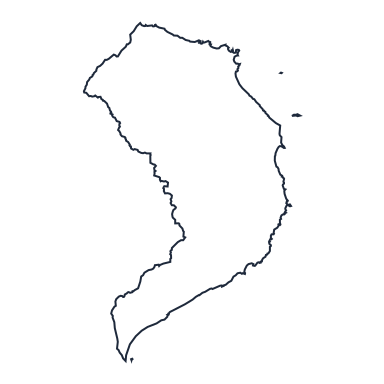 Sao Joao Baptista, Boa Vista, Cabo Verde (orthographic projection)
{"feature_id": "66160863B76154481217824", "entity_name": "Sao Joao Baptista", "entity_type": "district", "adm_level": 2, "iso_a3": "CPV", "parent_name": "Cabo Verde", "parent_adm1": "Boa Vista", "projection": "orthographic", "projection_center": [-22.721, 16.095], "detail": "fine", "context": "isolated", "style": "outline", "palette": "slate", "viewbox_px": 384, "rotation_deg": 0, "n_neighbors": 0, "source": "geoboundaries", "source_scale": "gbopen_adm2", "svg_char_len": 5946}
<svg xmlns="http://www.w3.org/2000/svg" viewBox="0 0 384 384"><path d="M125.6,361.0L126.1,355.3L129.9,344.3L135.8,336.2L141.7,330.7L147.7,326.9L156.6,323.4L161.3,320.3L164.5,319.6L167.3,316.8L167.5,315.5L167.9,315.2L167.6,314.9L168.1,314.8L168.2,314.0L168.8,314.2L169.2,312.7L169.9,312.0L184.9,304.3L192.6,299.6L195.9,296.8L199.0,295.0L199.4,295.2L202.4,292.8L205.2,291.8L210.1,288.8L211.7,288.5L212.5,289.0L220.1,285.7L221.6,285.5L222.3,286.0L222.2,286.5L223.7,285.9L223.6,285.4L225.7,284.8L228.5,282.3L231.3,280.8L233.5,276.6L235.7,275.3L237.5,273.3L240.3,272.7L241.9,273.8L242.7,273.2L244.9,274.0L245.1,273.1L244.3,271.9L244.8,269.5L246.8,265.6L248.5,264.1L251.7,263.3L253.4,264.1L253.0,265.5L254.5,265.9L255.2,265.7L257.4,262.7L258.4,262.3L259.4,262.7L259.9,262.3L259.9,262.8L260.8,262.6L260.9,261.6L261.9,261.4L262.2,259.7L263.2,258.2L265.5,256.7L265.9,255.0L266.8,254.8L267.4,254.2L267.4,253.6L268.5,253.2L269.9,251.0L269.9,246.8L270.8,246.1L270.9,245.2L269.4,243.9L269.1,242.5L269.8,241.7L269.2,241.3L270.3,239.2L271.3,239.3L271.8,238.9L270.9,237.9L270.9,235.6L271.6,234.3L273.6,234.3L274.0,233.7L273.6,233.2L274.2,229.6L277.3,227.7L278.7,225.5L278.4,224.4L278.8,224.2L280.0,225.0L280.4,224.6L279.9,222.4L279.9,219.7L281.1,218.9L280.6,217.7L281.4,215.5L282.7,214.5L284.3,214.4L284.7,214.0L284.4,213.4L285.9,212.7L285.0,212.0L286.1,210.3L285.5,209.6L285.3,208.3L286.6,205.6L287.5,204.9L290.0,206.3L291.0,206.0L289.9,204.4L288.0,205.0L286.3,203.2L286.8,201.4L287.4,201.5L287.8,200.7L286.2,198.7L284.6,193.9L284.3,191.3L284.4,190.5L285.4,189.4L283.9,188.9L282.7,185.5L282.9,184.6L284.0,183.6L284.0,182.6L283.4,181.8L284.1,178.8L283.7,178.1L282.8,177.6L282.6,176.8L281.8,176.6L282.1,175.7L280.3,174.6L278.7,170.8L278.5,168.9L277.6,167.3L276.4,166.6L274.8,160.7L274.9,156.2L275.3,155.7L275.6,153.1L277.5,148.7L278.7,146.9L279.8,146.1L281.4,146.3L284.0,148.0L284.7,147.9L284.0,146.5L282.3,145.0L281.1,142.6L281.5,137.1L279.8,135.3L279.5,133.9L280.2,125.5L275.9,123.1L269.2,117.5L268.8,116.3L267.9,115.9L268.0,115.3L265.4,112.9L265.3,111.8L264.2,111.3L264.0,110.6L263.0,110.4L262.7,109.2L259.8,106.1L259.9,105.4L260.3,105.7L259.9,105.3L256.2,102.0L254.3,99.2L253.0,98.9L251.3,96.7L249.4,95.6L248.8,94.3L242.4,88.2L239.4,84.3L235.9,76.6L235.5,73.5L235.9,71.6L237.3,71.3L237.9,70.6L237.4,69.2L238.4,68.0L238.2,66.5L239.4,65.4L239.9,64.0L238.7,64.3L237.8,63.6L236.2,63.7L234.3,61.6L233.7,59.8L234.6,56.7L236.6,55.6L237.9,55.5L237.6,55.0L237.9,52.4L239.2,50.6L238.8,49.9L237.3,49.7L236.1,50.1L235.8,52.6L234.1,52.9L232.4,51.9L233.0,50.9L232.8,50.0L232.4,51.2L231.8,50.7L231.8,51.6L230.7,51.9L228.8,50.6L228.0,49.0L228.1,48.2L228.7,47.7L227.3,46.3L225.4,45.4L225.5,44.7L221.0,46.1L218.9,48.3L216.7,48.5L213.2,47.6L210.8,46.3L210.3,45.6L210.9,44.5L210.2,44.4L210.2,43.0L209.6,43.4L209.7,41.8L208.4,41.4L208.2,41.0L204.5,42.5L203.4,42.4L203.0,41.8L202.5,43.3L201.6,43.7L200.7,43.5L200.5,42.6L199.5,42.7L199.8,42.1L199.4,42.0L200.4,41.1L198.9,40.3L194.8,42.0L190.1,41.6L189.3,40.8L185.7,40.0L182.3,37.8L180.2,37.8L177.5,35.7L173.8,35.5L172.7,34.5L167.4,31.9L165.0,29.9L164.5,28.7L159.2,27.6L156.6,26.2L155.6,24.7L154.9,25.0L154.7,26.1L153.7,26.4L152.8,26.3L152.1,25.4L147.1,26.0L145.7,25.0L145.2,26.0L144.1,26.1L141.7,25.2L140.2,23.0L136.7,26.3L133.7,31.2L130.2,34.6L130.8,39.8L130.2,42.5L127.9,44.3L126.8,44.3L125.8,46.7L121.5,50.6L117.9,56.4L116.6,56.5L115.5,55.3L113.8,54.6L108.8,58.8L106.7,59.9L105.1,59.8L102.6,63.6L100.1,65.9L97.5,67.1L96.4,69.5L96.3,70.8L93.8,73.2L93.4,74.5L92.6,75.0L92.6,75.8L91.9,76.7L89.9,77.9L89.2,79.6L87.1,82.1L86.8,84.7L85.5,86.7L85.4,88.3L83.9,91.2L84.2,92.5L86.3,92.8L89.1,96.2L90.8,96.0L92.2,96.6L94.4,96.2L95.2,95.5L97.9,97.6L98.6,97.0L100.5,96.8L101.5,99.2L102.8,99.8L103.0,100.7L104.3,101.0L107.0,103.6L108.2,107.1L109.3,107.9L110.0,110.5L111.0,111.6L111.3,112.6L110.6,112.8L110.4,113.6L112.5,114.5L112.1,115.2L112.5,116.2L113.3,117.2L115.0,117.7L116.7,121.1L119.5,121.9L120.1,123.1L119.4,123.9L119.3,125.4L119.9,126.7L119.2,127.4L118.1,130.0L119.4,131.3L120.5,133.4L120.5,134.5L121.9,136.2L124.8,137.0L125.5,138.0L125.3,138.6L126.0,139.5L126.1,140.7L128.2,142.1L129.8,144.7L129.5,145.3L130.2,146.4L130.9,146.5L131.1,148.5L133.4,149.8L134.6,149.1L137.6,149.9L138.3,151.5L141.2,152.9L143.1,153.2L144.9,152.6L146.6,153.4L150.4,153.4L150.2,154.2L150.7,155.0L150.3,155.8L150.4,162.8L153.4,164.4L154.7,164.6L155.9,165.9L154.1,168.0L154.5,170.3L155.5,171.0L154.4,171.9L154.6,173.3L154.2,175.5L159.2,177.1L160.0,177.9L159.9,179.7L160.7,181.3L161.6,180.9L164.0,181.5L165.6,181.1L168.0,182.6L167.6,186.5L164.3,186.2L163.5,187.5L163.3,188.2L163.9,188.7L164.0,190.2L163.8,191.0L165.0,193.4L167.7,193.2L169.9,193.8L171.9,195.5L171.6,198.0L170.6,199.2L171.4,201.4L170.6,203.0L171.8,205.2L173.9,205.3L175.9,207.3L175.5,208.4L173.4,210.0L172.8,211.5L172.1,214.1L172.5,216.7L172.8,217.6L175.2,219.8L175.2,223.4L178.7,223.3L179.3,223.9L179.5,225.5L182.4,228.5L183.1,230.9L183.8,231.7L183.4,236.6L185.2,237.4L183.2,240.2L181.0,240.2L177.8,242.1L171.9,248.0L171.8,249.9L170.7,250.6L170.4,251.3L170.9,252.5L170.2,254.2L171.0,255.0L171.1,257.4L171.1,258.2L170.3,258.9L170.3,261.9L163.3,263.6L160.0,265.0L159.1,266.0L158.6,264.7L154.9,265.2L154.5,266.8L153.3,268.6L151.6,269.5L148.6,270.1L144.4,272.7L143.1,275.2L141.2,276.5L140.3,281.6L138.1,288.3L134.9,290.0L133.4,291.2L132.5,291.2L132.3,292.2L130.1,292.8L128.7,292.1L127.7,292.4L126.8,293.4L124.8,294.5L124.5,296.0L123.9,296.9L123.1,297.0L122.3,296.1L120.7,295.8L118.8,296.6L116.2,299.2L115.4,301.5L115.8,305.8L114.4,306.7L112.0,310.4L111.2,313.6L112.8,315.9L112.6,317.6L114.3,322.1L114.8,328.1L117.3,338.6L117.8,341.8L117.0,348.7L118.6,350.1L119.7,352.6L121.8,355.1L123.1,358.4L125.6,361.0ZM300.1,115.6L297.5,114.2L295.8,114.8L294.0,114.7L292.0,115.9L296.1,115.5L297.6,116.2L300.1,115.6ZM132.2,358.7L131.1,359.2L131.4,360.0L131.5,359.4L132.0,359.6L132.5,359.1L132.2,358.7ZM281.8,72.9L281.0,72.6L280.5,73.0L281.5,73.2L281.8,72.9Z" fill="none" stroke="#1e293b" stroke-width="2"/></svg>